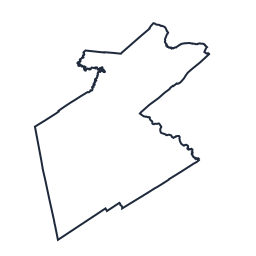 Produlesti, Dâmbovita, Romania (Equal Earth projection), rotated 171°
{"feature_id": "2599482B81885258271569", "entity_name": "Produlesti", "entity_type": "district", "adm_level": 2, "iso_a3": "ROU", "parent_name": "Romania", "parent_adm1": "Dâmbovita", "projection": "equal_earth", "projection_center": [25.495, 44.702], "detail": "fine", "context": "isolated", "style": "outline", "palette": "slate", "viewbox_px": 256, "rotation_deg": 171, "n_neighbors": 0, "source": "geoboundaries", "source_scale": "gbopen_adm2", "svg_char_len": 5741}
<svg xmlns="http://www.w3.org/2000/svg" viewBox="0 0 256 256"><g transform="rotate(171 128 128)"><path d="M139.8,206.3L157.9,211.2L160.2,209.6L160.2,209.3L159.8,208.7L159.7,207.3L160.0,207.0L161.1,206.8L161.3,206.1L161.5,205.9L161.5,205.6L161.0,205.2L160.9,204.8L161.0,204.5L162.1,204.4L162.5,204.5L162.8,204.4L163.1,204.0L163.4,203.7L164.8,203.3L164.9,202.4L164.7,202.2L164.4,201.6L164.7,201.0L165.0,200.9L165.4,201.1L165.6,201.1L166.1,200.9L166.4,201.0L166.7,200.9L167.6,200.4L167.8,200.0L167.7,199.8L166.6,199.7L166.1,199.2L166.3,199.0L166.3,198.8L166.5,198.8L166.6,198.5L167.3,197.9L167.3,197.5L167.1,197.1L166.6,196.9L166.4,197.0L166.1,197.6L165.6,197.8L165.6,198.0L165.4,198.1L165.0,197.8L165.2,197.6L165.2,197.2L164.9,196.8L164.5,196.6L164.3,196.2L163.7,196.6L163.4,196.6L163.1,196.0L162.9,196.0L162.7,195.6L162.4,195.4L162.0,195.7L161.5,195.7L160.9,195.2L160.5,195.0L160.7,194.4L160.9,194.3L161.2,194.4L162.2,193.9L162.1,192.9L161.9,192.6L161.9,192.0L161.7,191.7L160.9,191.3L160.7,191.4L160.1,192.4L159.7,192.7L159.4,192.7L159.2,193.0L158.9,193.1L158.6,193.1L158.1,192.8L157.7,192.3L157.0,192.5L156.9,191.9L156.5,191.7L155.5,192.1L155.2,192.7L154.5,193.3L154.3,193.4L152.9,192.7L152.3,192.8L151.8,192.8L151.6,192.4L151.2,192.1L150.8,192.7L150.5,192.9L150.1,192.8L149.6,192.8L149.1,192.6L149.0,192.0L149.2,191.8L149.0,191.2L148.7,191.1L148.7,190.7L147.9,190.9L147.7,190.9L147.6,190.4L147.4,190.2L147.1,190.2L146.3,190.9L146.3,191.2L146.2,191.5L145.8,191.5L145.7,191.6L144.9,191.7L144.7,191.9L144.5,192.0L144.0,192.0L143.8,191.8L143.9,191.4L144.3,191.1L144.7,191.2L144.9,191.0L144.9,190.7L144.8,190.4L144.9,190.1L144.8,189.9L143.7,190.0L143.3,189.7L143.0,189.5L143.0,188.9L143.1,188.7L142.6,188.4L142.1,187.7L142.0,187.1L142.2,186.9L142.5,186.9L143.4,187.2L143.6,188.0L144.7,188.6L145.1,188.6L145.6,188.4L146.1,188.6L146.3,188.6L146.5,188.4L146.7,187.8L147.4,187.9L147.7,188.3L147.9,188.4L148.4,188.2L148.8,187.7L148.9,187.3L149.2,187.1L149.5,186.6L149.3,185.3L150.1,184.7L150.3,184.3L150.1,183.7L150.5,183.3L151.0,182.1L151.4,181.9L151.8,182.0L152.1,181.6L152.7,181.5L152.9,181.2L153.1,180.6L152.9,180.4L152.4,180.6L152.2,180.5L152.2,180.1L152.0,179.7L152.3,179.5L152.7,179.6L153.1,179.3L153.3,179.3L153.5,179.2L153.4,178.2L153.8,177.9L154.8,177.5L154.9,177.3L154.6,176.9L154.3,176.7L154.1,176.0L154.3,175.9L155.5,175.8L155.7,175.5L155.7,175.1L155.4,174.8L155.6,174.4L155.6,174.1L156.9,174.2L157.0,174.1L157.1,173.9L157.0,173.2L157.0,172.9L156.8,172.6L157.0,171.7L157.4,171.1L158.0,170.6L159.1,171.1L159.7,170.2L160.1,169.9L160.5,169.8L160.8,169.5L161.5,169.5L162.3,169.8L169.9,166.7L176.0,164.0L180.9,162.0L190.0,157.8L194.0,155.8L194.1,155.7L193.9,155.1L194.1,155.0L196.9,153.6L208.6,148.5L219.7,143.9L219.2,126.7L218.7,109.2L218.6,100.2L217.9,90.2L216.8,69.2L215.5,48.0L215.5,45.3L215.3,43.3L214.7,28.5L162.8,52.1L161.8,49.3L148.2,55.4L147.6,54.4L147.6,53.2L146.5,52.0L146.3,51.7L146.1,50.3L146.3,49.5L117.6,61.4L110.7,64.4L108.5,65.1L99.6,68.9L95.8,70.6L95.6,71.0L81.3,77.0L68.8,82.5L65.4,83.7L63.2,85.0L63.9,85.9L63.8,86.2L62.9,86.5L63.2,87.0L64.6,86.8L64.8,87.1L64.8,87.4L65.3,87.5L65.5,87.1L65.9,87.4L66.3,87.9L66.5,87.5L66.9,88.3L67.9,89.1L68.3,90.0L68.5,90.5L68.4,91.0L68.7,91.2L69.2,92.3L68.9,92.6L68.7,92.6L68.7,92.9L68.0,93.5L68.3,94.3L68.6,94.1L68.7,94.3L68.1,94.8L67.9,95.8L68.3,96.7L68.0,96.9L68.7,97.6L69.8,97.4L70.2,97.1L70.8,97.2L70.8,97.4L70.7,97.6L71.1,97.8L71.4,97.5L71.8,97.3L72.5,98.3L72.5,98.8L71.6,99.8L71.5,100.5L71.6,101.0L72.4,101.8L72.9,101.9L73.1,102.3L73.6,102.4L74.5,102.3L75.5,101.8L75.9,102.0L76.5,102.8L77.6,103.7L78.2,105.0L78.9,107.5L78.7,108.2L78.9,109.5L78.5,110.4L78.4,111.2L79.0,112.2L81.8,112.4L82.3,111.8L84.0,111.6L84.6,111.1L85.2,111.6L86.1,112.5L86.4,113.8L87.6,114.6L88.7,115.0L90.7,114.8L91.4,115.0L91.6,115.6L92.8,116.3L95.9,117.9L96.3,118.5L96.5,119.8L96.4,121.7L95.2,123.6L94.9,123.9L95.9,126.2L96.7,127.6L97.6,127.7L98.5,127.5L100.7,128.0L101.9,127.7L102.8,128.1L103.3,128.7L103.0,130.2L103.2,130.8L103.6,131.5L104.3,131.8L105.0,133.5L105.1,134.0L104.8,134.9L105.5,135.5L106.8,135.6L108.4,136.5L108.9,136.4L110.7,137.1L114.0,140.4L112.6,141.6L103.2,147.6L92.9,152.9L88.1,156.0L85.6,157.5L81.9,159.4L81.7,159.6L81.0,159.8L80.2,160.8L79.2,161.5L77.1,162.6L76.7,162.3L72.8,164.4L72.3,163.9L70.5,164.2L68.6,165.2L65.0,168.2L62.8,170.8L60.3,173.3L56.2,175.9L46.5,181.5L36.3,188.3L36.6,188.9L37.0,189.3L37.3,189.4L38.1,189.3L38.9,189.3L40.7,191.2L39.6,192.7L38.7,194.2L38.0,195.1L37.3,195.5L38.0,196.5L38.5,196.9L38.9,197.4L39.1,197.7L39.0,198.1L39.4,198.4L39.6,198.8L40.0,199.0L40.2,199.3L40.4,199.4L42.2,199.8L43.2,200.0L43.9,200.4L45.0,200.2L45.8,200.3L46.2,200.0L47.5,200.1L48.0,200.2L48.6,200.6L49.9,201.0L50.4,201.1L50.9,201.1L51.5,201.6L52.2,201.5L53.4,202.2L56.5,202.6L58.5,202.7L59.1,202.9L59.5,202.8L61.7,202.8L62.6,202.4L62.9,202.5L63.7,202.0L64.2,202.0L64.8,201.7L65.0,201.5L65.5,201.3L65.9,201.1L67.8,200.2L68.0,200.0L68.9,200.3L69.7,199.9L70.5,199.9L70.9,199.6L71.2,199.7L71.4,200.0L71.8,199.8L72.0,199.8L72.6,199.6L72.9,200.0L73.0,200.8L73.3,200.9L74.1,200.7L75.2,201.1L75.4,201.5L75.4,201.9L75.6,202.0L76.4,201.9L76.6,202.2L76.6,203.3L76.7,203.6L76.9,203.7L77.3,203.6L77.3,204.0L76.8,204.6L77.3,205.2L77.7,206.1L77.7,206.4L78.0,206.9L78.1,207.5L77.6,208.2L77.6,209.5L77.3,210.5L77.0,210.9L76.3,212.0L75.8,212.8L75.0,214.4L74.1,214.9L73.5,216.0L74.0,216.6L74.0,217.2L74.5,217.6L74.5,218.2L74.6,218.4L74.9,219.9L75.4,221.0L75.4,221.3L76.2,222.2L77.7,223.2L78.3,223.3L78.6,223.7L79.4,223.6L79.9,224.1L80.4,224.3L80.6,224.7L82.0,225.3L82.9,225.4L83.7,225.7L84.7,226.4L85.0,226.9L86.6,227.5L89.6,225.0L90.2,224.4L91.1,222.9L91.4,223.0L91.9,222.3L100.2,217.3L122.3,203.4L123.4,202.5L131.3,204.6L139.7,206.6L139.8,206.3Z" fill="none" stroke="#1e293b" stroke-width="2"/></g></svg>